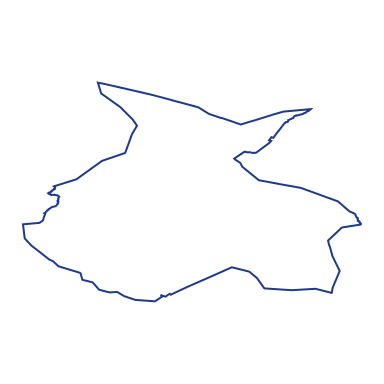 Dovre nor, Oppland, Norway (Robinson projection)
{"feature_id": "86288312B94593147545538", "entity_name": "Dovre nor", "entity_type": "district", "adm_level": 2, "iso_a3": "NOR", "parent_name": "Norway", "parent_adm1": "Oppland", "projection": "robinson", "projection_center": [9.548, 62.115], "detail": "fine", "context": "isolated", "style": "outline", "palette": "blue", "viewbox_px": 384, "rotation_deg": 0, "n_neighbors": 0, "source": "geoboundaries", "source_scale": "gbopen_adm2", "svg_char_len": 4697}
<svg xmlns="http://www.w3.org/2000/svg" viewBox="0 0 384 384"><path d="M310.8,109.1L283.5,111.6L274.0,114.3L252.6,121.0L250.1,121.6L240.8,124.5L222.2,118.1L220.7,117.9L208.9,113.9L198.5,107.4L197.5,107.1L152.2,94.9L122.3,88.0L102.0,83.4L99.7,83.1L97.9,82.7L101.2,93.5L120.4,107.2L132.6,119.4L137.0,125.7L132.0,134.2L125.2,152.9L102.0,160.9L76.4,179.3L54.1,186.3L54.9,186.8L55.0,186.9L55.0,187.2L54.7,187.4L54.7,187.5L55.0,187.9L55.1,188.0L54.9,188.3L54.7,188.4L54.4,188.5L54.2,188.6L54.3,188.8L54.6,188.9L54.7,189.1L54.3,189.4L53.8,189.5L53.3,189.7L53.1,189.9L52.6,190.3L52.3,190.4L52.2,190.5L51.7,190.8L51.5,191.0L51.7,191.4L51.6,191.5L51.1,191.7L50.9,191.7L50.7,191.8L50.6,192.0L50.3,192.2L50.3,192.3L50.4,192.5L50.2,192.6L49.8,192.5L49.7,192.5L49.4,192.6L49.0,192.6L48.9,192.6L48.7,192.8L48.9,192.9L49.0,193.3L48.9,193.4L48.4,193.5L48.6,193.7L48.9,193.9L49.4,194.0L50.0,194.3L51.0,195.0L51.5,195.0L51.9,194.9L52.1,194.9L52.5,194.8L53.5,194.9L54.4,194.8L54.8,194.7L55.0,194.8L55.3,195.1L55.5,195.2L56.9,195.2L57.3,195.3L57.5,195.3L57.8,195.5L58.0,195.8L59.0,196.5L59.2,196.8L59.0,197.0L58.8,197.3L58.8,197.5L58.7,197.8L58.2,198.6L58.1,198.8L58.1,199.0L58.4,199.6L58.4,199.8L58.0,200.1L57.8,200.4L57.5,200.9L57.5,201.0L57.6,201.3L58.1,201.3L58.3,201.4L58.4,201.7L58.3,201.8L58.2,201.9L57.9,202.7L57.9,202.9L58.1,203.1L58.1,203.3L57.9,203.4L57.6,203.4L57.5,203.5L57.5,203.8L57.6,204.0L57.5,204.3L57.2,204.5L56.9,204.8L56.7,205.0L56.5,205.3L56.1,205.8L55.9,206.0L55.7,206.1L55.1,206.3L54.4,206.5L52.8,206.9L51.4,207.3L51.2,207.5L50.9,207.8L50.7,208.0L50.0,208.3L49.8,208.5L49.7,208.6L49.0,208.9L48.7,209.1L48.8,209.3L48.6,209.6L48.5,209.8L48.1,210.1L47.6,210.1L47.2,210.4L47.1,210.5L47.1,210.8L46.4,211.5L46.2,211.6L45.8,211.8L45.2,213.7L45.0,213.4L44.6,213.2L44.3,213.3L44.8,213.7L44.9,213.8L44.9,214.1L45.0,214.2L42.8,220.6L40.5,222.2L39.3,222.9L23.0,224.3L24.7,238.4L31.4,245.6L44.4,255.7L49.0,259.4L53.1,261.3L58.5,266.3L80.0,272.8L80.7,273.7L80.8,274.2L82.4,279.8L92.7,282.4L99.1,289.7L103.1,290.8L109.6,292.4L117.3,292.0L120.9,294.2L124.1,296.1L128.7,297.7L135.4,299.9L146.2,300.7L155.0,301.3L162.9,296.1L161.7,295.8L161.4,295.6L161.2,295.5L161.2,295.3L161.3,295.2L162.8,295.9L163.5,296.0L164.7,296.4L165.4,296.7L165.5,296.7L167.5,295.2L169.8,293.8L170.8,294.7L174.1,293.1L188.5,286.4L205.9,278.8L231.8,267.3L237.6,268.7L249.2,271.6L257.0,278.1L264.2,288.2L264.5,288.4L291.6,290.2L315.5,288.8L331.7,292.9L332.7,287.6L339.7,271.0L332.4,256.0L330.0,247.1L328.9,244.5L328.1,240.5L341.9,227.5L360.4,224.6L360.5,224.4L360.7,224.2L360.9,224.2L361.0,224.0L360.9,223.9L360.7,223.6L360.5,223.4L360.4,223.3L360.3,223.1L360.2,223.0L360.2,222.9L359.7,222.8L359.6,222.7L359.4,222.3L359.4,222.1L359.6,221.9L359.6,221.7L359.4,221.4L359.1,221.2L358.3,221.1L358.2,221.1L357.9,221.0L357.9,220.9L357.9,220.6L357.8,220.4L357.8,220.2L357.8,219.9L357.7,219.8L357.6,219.6L357.6,219.4L357.6,219.2L357.9,218.9L357.9,218.4L357.8,218.2L357.7,218.0L357.3,217.9L357.2,217.8L357.0,217.7L356.8,217.6L356.6,217.3L356.6,217.2L356.4,217.1L355.5,215.2L355.5,214.7L355.1,214.1L354.8,213.8L354.0,213.4L353.8,213.3L353.5,213.1L353.1,213.0L353.0,212.9L352.7,212.8L352.5,212.7L352.1,212.5L352.0,212.4L351.6,212.2L351.4,212.2L351.1,212.1L350.8,212.0L350.6,211.9L350.4,211.8L349.9,211.6L349.7,211.4L349.4,211.3L349.3,211.2L349.1,211.1L338.0,201.4L300.9,187.9L290.4,186.0L283.5,184.8L258.8,180.2L242.3,166.8L240.3,162.9L235.1,159.5L234.2,158.6L244.5,151.7L245.0,151.8L246.3,152.0L246.6,152.1L247.0,152.1L247.6,152.4L247.8,152.4L248.4,152.4L248.9,152.2L249.1,152.2L249.3,152.2L249.9,152.3L250.8,152.4L251.0,152.5L251.9,152.8L252.3,152.9L252.5,153.0L253.0,153.0L253.3,152.9L253.9,152.8L254.2,152.7L254.8,152.8L255.5,152.8L255.8,152.8L256.2,152.7L258.0,151.3L258.2,151.1L258.3,151.1L269.7,142.6L271.1,140.9L270.0,140.6L269.1,140.3L270.5,138.4L271.4,137.2L273.3,137.8L278.1,131.4L278.7,130.8L284.3,123.4L284.6,123.4L284.8,123.2L285.0,123.0L285.1,122.9L285.4,122.7L285.4,122.4L285.5,122.3L286.1,122.0L286.3,122.0L286.5,122.0L286.9,122.1L287.1,122.0L287.3,121.9L287.5,121.7L287.9,121.7L288.0,121.5L288.0,121.4L288.1,121.1L288.2,120.7L288.2,120.1L288.9,120.0L289.2,119.9L289.4,119.7L289.6,119.6L291.0,118.9L291.3,118.9L291.6,118.7L292.0,118.3L293.0,118.1L293.3,118.1L293.6,117.6L293.6,117.4L293.8,117.0L294.0,116.7L294.2,116.4L294.4,116.1L294.8,116.0L294.9,115.9L295.5,115.6L296.1,115.8L296.3,115.7L296.8,115.3L297.0,115.4L298.0,115.3L298.4,115.1L298.7,115.0L299.0,114.9L300.1,114.7L300.5,114.6L301.7,114.3L302.2,114.1L303.4,113.7L303.8,113.3L304.4,113.0L305.0,112.9L305.9,112.6L306.3,112.0L306.7,111.6L308.1,111.2L308.6,110.9L309.5,110.3L309.8,109.8L310.3,109.5L310.6,109.3L310.8,109.1Z" fill="none" stroke="#1e3a8a" stroke-width="2"/></svg>